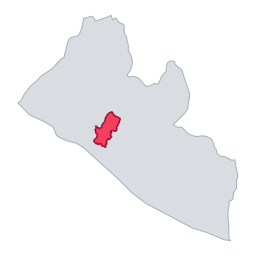 District #2, Grand Bassa, Liberia (highlighted)
{"feature_id": "62588387B28377115536759", "entity_name": "District #2", "entity_type": "district", "adm_level": 2, "iso_a3": "LBR", "parent_name": "Liberia", "parent_adm1": "Grand Bassa", "projection": "orthographic", "projection_center": [-9.849, 6.418], "detail": "fine", "context": "in_parent", "style": "filled", "palette": "rose", "viewbox_px": 256, "rotation_deg": 0, "n_neighbors": 0, "source": "geoboundaries", "source_scale": "gbopen_adm2", "svg_char_len": 5884}
<svg xmlns="http://www.w3.org/2000/svg" viewBox="0 0 256 256"><path d="M18.0,103.1L20.8,100.7L25.0,93.0L30.9,85.6L36.3,81.2L40.6,76.6L45.2,73.2L51.7,69.1L61.7,58.5L64.1,57.3L65.7,49.9L68.2,40.5L71.1,37.5L77.9,35.8L79.4,34.2L81.9,27.6L83.4,19.9L83.6,18.2L86.2,18.0L90.8,16.3L93.4,17.1L94.6,19.3L95.2,21.2L109.1,16.4L110.3,15.4L111.0,15.5L112.7,19.9L113.7,19.6L114.6,18.3L115.5,18.2L116.6,18.8L117.7,20.8L119.4,22.6L122.4,23.9L124.3,25.7L124.1,30.3L124.9,34.8L126.2,35.9L126.9,38.6L127.2,41.5L127.9,43.1L128.4,46.0L128.2,49.2L128.7,51.5L130.9,55.4L132.3,60.3L132.3,63.7L131.5,67.4L130.1,70.7L127.5,74.3L127.3,75.8L128.8,76.7L131.1,76.9L133.1,76.2L138.0,77.8L140.6,80.2L142.8,83.2L144.9,84.7L145.8,86.5L149.3,86.0L153.3,84.2L154.2,83.4L155.4,83.8L158.0,84.0L159.8,80.8L161.3,77.0L164.4,73.0L165.9,71.4L166.3,68.8L166.5,65.5L167.6,62.6L170.2,61.0L173.0,61.1L174.5,61.6L175.3,64.4L177.6,66.6L179.5,68.0L180.5,68.6L182.1,70.3L183.7,75.9L189.7,94.1L189.4,99.1L188.2,102.4L188.2,105.6L187.8,108.8L184.2,114.0L173.4,124.6L174.2,125.6L176.8,126.8L179.4,127.4L181.6,127.1L184.3,129.7L187.2,133.0L190.3,134.8L194.8,136.3L198.7,136.4L202.0,135.8L206.7,136.5L211.7,139.2L213.5,143.8L214.7,147.8L216.4,149.8L216.7,153.2L220.2,156.2L225.3,156.8L231.8,160.3L233.5,160.1L234.2,159.7L235.0,160.3L236.7,170.6L238.0,176.0L237.4,178.2L236.5,179.9L236.5,188.2L233.5,192.9L233.1,198.2L232.2,199.8L229.1,201.4L229.0,205.4L228.2,210.2L227.9,215.3L228.8,228.7L229.0,238.8L230.5,240.6L224.3,239.8L206.1,232.3L192.1,227.9L145.2,203.0L132.1,193.0L117.1,178.0L83.8,147.9L76.2,143.1L66.6,140.7L60.7,138.1L56.5,135.3L53.1,127.0L44.8,122.0L29.5,114.9L18.0,103.1Z" fill="#d9dde1" stroke="#a8b0b8" stroke-width="1"/><path d="M96.0,143.7L96.3,143.7L96.5,143.6L96.9,143.8L97.0,143.7L97.2,143.8L97.3,143.9L97.5,143.7L97.6,143.8L97.7,144.0L97.8,144.0L98.0,144.0L98.3,144.2L98.3,143.9L98.6,143.8L98.8,143.9L98.8,144.1L99.0,144.1L99.4,144.1L99.5,144.1L99.8,144.0L99.9,143.9L100.0,143.8L100.4,144.0L100.6,144.0L100.8,144.0L101.1,143.9L101.4,144.0L101.5,144.1L101.5,144.4L101.4,144.7L101.4,145.0L101.5,145.3L101.7,145.6L101.9,145.9L102.0,146.0L102.3,146.1L102.7,146.1L103.2,146.1L103.4,146.2L103.8,146.3L104.1,146.5L104.3,146.6L104.6,146.7L104.8,147.0L105.1,147.2L105.6,147.2L105.6,146.8L105.6,146.2L105.5,145.5L105.6,145.2L105.9,144.8L106.2,144.7L106.3,144.4L106.5,144.2L106.7,143.9L106.2,143.5L106.3,143.3L106.6,143.1L106.7,142.8L106.6,142.5L106.4,142.2L106.4,141.8L106.4,141.4L106.5,141.1L106.7,140.9L107.0,140.6L107.2,140.4L107.2,140.2L107.3,139.9L107.5,140.1L108.0,139.3L108.1,139.1L108.1,138.9L108.3,138.7L108.6,138.6L108.8,138.7L108.9,138.8L109.1,139.1L109.4,139.1L109.7,139.1L109.9,139.0L109.9,138.8L109.9,138.6L110.1,138.4L110.4,138.1L110.4,137.8L110.5,137.5L110.8,137.3L111.1,137.1L111.4,137.1L111.5,137.0L111.6,136.7L111.4,136.5L111.1,136.0L111.1,135.8L110.9,135.6L110.8,135.4L110.5,135.3L110.3,135.1L110.4,134.8L110.5,134.4L110.7,134.0L111.1,133.5L111.4,133.1L111.6,132.8L111.6,132.5L111.5,132.2L111.4,132.0L111.2,131.8L110.9,131.8L110.6,131.9L110.4,131.8L110.6,131.3L110.6,131.0L110.9,130.9L111.1,130.8L111.3,130.7L111.5,130.5L111.9,130.6L112.3,130.6L112.7,130.6L112.9,130.5L113.2,130.5L113.6,130.7L114.1,130.9L114.6,131.1L115.0,131.3L115.3,131.2L115.7,130.9L116.2,130.7L116.3,130.7L116.5,130.4L116.4,130.2L116.5,130.1L116.6,129.9L116.6,129.6L116.6,129.1L116.6,128.9L116.8,128.8L116.8,128.7L116.7,128.4L116.6,128.2L116.4,127.9L116.4,127.7L116.8,127.1L116.9,126.8L117.0,126.8L117.1,126.6L117.2,126.4L117.3,126.1L117.5,125.8L117.6,125.6L117.7,125.4L117.8,125.3L117.8,125.2L118.0,124.9L118.1,124.7L118.5,123.9L118.5,123.7L118.9,123.0L119.0,122.8L118.9,122.7L119.1,122.5L119.0,122.3L119.2,122.2L119.2,121.9L119.2,121.6L119.6,121.1L119.8,120.7L119.9,120.2L120.0,119.7L120.1,119.4L120.1,118.7L119.8,118.5L119.7,118.5L119.7,118.3L119.4,118.3L119.3,118.2L119.2,118.1L119.0,117.9L118.8,117.8L118.7,117.9L118.3,117.8L118.2,117.8L118.4,117.7L118.1,117.5L117.9,117.2L117.7,117.2L117.4,117.0L117.1,116.9L116.8,116.7L116.7,116.6L116.4,116.6L116.2,116.5L115.9,116.5L115.8,116.4L115.7,116.3L115.4,116.2L115.2,116.1L115.1,115.9L115.0,115.7L114.9,115.7L114.6,115.7L114.4,115.7L114.2,115.5L114.2,115.4L114.2,115.2L114.0,114.9L113.6,114.6L113.6,114.4L113.5,114.2L113.2,114.0L113.0,113.8L112.8,113.7L112.7,113.6L112.5,113.3L112.4,113.1L112.3,112.9L112.0,112.6L111.9,112.0L112.0,112.0L111.9,111.9L110.8,112.2L109.7,112.7L108.5,113.5L108.0,114.1L106.9,115.4L106.5,116.4L106.4,116.6L105.9,117.2L105.7,117.4L105.7,117.5L105.5,117.8L105.5,118.0L105.5,118.4L105.2,118.8L105.2,119.0L105.2,120.5L105.0,120.8L105.0,121.0L104.8,121.1L104.7,121.3L104.5,121.5L104.4,121.6L104.3,121.8L104.2,122.1L104.1,122.3L104.0,122.5L103.9,122.6L103.8,122.9L103.4,123.3L103.0,123.4L102.9,123.8L102.7,124.1L102.5,124.4L102.5,124.5L102.4,124.5L102.3,124.8L102.2,124.9L102.0,125.0L101.9,125.1L101.9,125.3L102.0,125.4L102.0,125.5L101.8,125.8L101.7,125.9L101.7,126.0L101.7,126.3L101.7,126.5L101.8,126.6L101.8,126.8L101.7,126.8L101.5,127.1L101.5,127.3L101.4,127.4L101.4,127.5L101.2,127.6L101.2,127.8L100.9,127.9L100.7,127.9L100.5,128.0L100.4,128.0L100.2,128.1L99.8,128.2L99.7,128.3L99.4,128.4L99.2,128.3L98.6,128.0L98.4,127.9L98.5,127.8L98.3,127.6L98.1,127.6L97.7,127.7L97.4,127.7L97.2,127.5L97.1,127.4L97.1,127.2L96.9,127.2L96.9,127.3L96.5,127.1L96.5,126.7L96.4,126.8L96.4,126.7L96.2,126.7L96.1,126.8L95.9,126.7L96.1,127.2L96.1,127.8L96.0,128.2L95.6,129.0L95.3,129.5L95.2,129.8L95.2,130.0L95.2,130.3L95.4,130.9L95.5,131.1L95.7,131.5L95.9,131.8L96.0,132.1L95.9,132.5L95.8,132.9L95.9,133.1L96.1,133.3L96.4,133.6L96.8,133.8L97.0,134.0L97.2,134.4L97.1,134.6L97.1,135.3L97.0,136.3L96.9,136.7L96.5,137.5L96.1,138.1L95.8,138.4L95.4,138.8L94.8,139.5L94.5,139.9L94.0,140.2L93.8,140.5L93.8,141.0L93.9,141.3L94.1,141.5L94.3,141.8L94.6,142.0L94.9,142.6L95.2,142.8L95.5,142.9L95.8,142.9L95.8,143.0L95.9,143.6L96.0,143.7Z" fill="#f43f5e" stroke="#9f1239" stroke-width="1.5"/></svg>